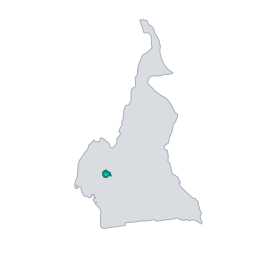 location of Nde, Ouest, Cameroon, rotated 352°
{"feature_id": "32672807B46712188555835", "entity_name": "Nde", "entity_type": "district", "adm_level": 2, "iso_a3": "CMR", "parent_name": "Cameroon", "parent_adm1": "Ouest", "projection": "natural_earth1", "projection_center": [10.622, 5.088], "detail": "fine", "context": "in_parent", "style": "filled", "palette": "teal", "viewbox_px": 256, "rotation_deg": 352, "n_neighbors": 0, "source": "geoboundaries", "source_scale": "gbopen_adm2", "svg_char_len": 4402}
<svg xmlns="http://www.w3.org/2000/svg" viewBox="0 0 256 256"><g transform="rotate(352 128 128)"><path d="M67.4,176.4L67.9,175.0L71.3,168.3L73.5,157.5L74.5,155.0L75.5,153.3L80.5,147.6L82.3,145.7L85.0,143.7L86.9,139.4L87.6,139.0L88.4,138.6L92.7,135.1L93.1,135.8L93.4,136.6L93.7,137.0L95.1,137.3L97.0,137.3L98.1,137.0L98.7,136.3L99.3,134.3L99.6,134.0L100.1,133.9L102.2,135.2L105.6,139.1L106.5,139.8L106.9,140.6L107.6,144.1L108.0,145.0L108.8,145.4L110.1,145.2L111.5,144.5L112.7,143.6L113.9,142.4L114.8,141.4L115.1,140.6L115.3,137.7L115.6,137.1L120.0,132.9L119.9,132.5L119.2,131.3L118.5,130.0L119.2,128.7L119.9,127.6L122.5,124.1L122.6,121.6L124.7,117.6L125.9,112.4L125.9,111.4L128.6,105.6L131.5,105.1L132.6,104.3L133.8,102.8L134.6,101.5L135.0,100.2L135.3,97.8L135.8,95.0L136.1,92.5L136.9,90.3L138.4,89.1L140.8,88.2L141.2,87.7L141.6,86.2L141.9,81.2L142.3,79.0L144.6,76.5L145.6,72.6L146.5,68.5L149.1,63.5L152.1,58.6L153.5,57.3L154.7,56.7L156.1,56.6L157.0,56.3L160.3,53.8L161.7,53.0L162.7,52.1L162.9,51.4L163.0,50.3L162.7,47.7L163.3,45.9L163.6,43.0L163.7,40.7L163.6,40.0L163.0,38.6L162.0,37.2L160.3,36.4L158.1,36.2L156.9,35.6L156.5,33.1L156.3,31.4L154.7,22.8L157.6,22.8L161.0,23.9L161.9,24.6L162.4,27.6L163.6,29.3L165.8,30.6L167.2,33.5L167.7,37.8L168.9,40.3L169.2,40.7L170.9,45.6L171.0,47.8L170.9,49.3L171.6,51.2L170.6,54.4L170.2,56.4L170.2,59.1L170.8,64.0L171.8,67.7L172.9,70.7L174.1,73.1L176.1,75.7L178.2,78.0L180.2,79.5L178.4,80.4L174.8,80.5L172.8,80.0L171.9,80.0L170.9,80.3L167.2,80.7L163.4,80.5L159.9,79.9L157.8,80.0L156.1,81.5L154.8,83.6L153.6,85.4L154.0,87.3L154.9,88.3L156.8,90.6L158.4,92.9L159.2,94.4L162.5,97.7L165.6,100.6L167.1,101.6L167.6,101.8L169.3,103.5L171.7,106.3L173.9,110.6L176.9,119.3L177.6,120.0L178.6,120.5L178.8,121.4L178.7,122.8L178.4,123.9L175.9,128.4L173.8,130.2L173.2,131.2L172.4,133.8L170.5,139.0L169.7,139.7L167.8,143.2L166.2,147.6L165.8,148.3L165.2,148.8L163.0,149.9L162.2,150.5L161.1,151.9L160.9,152.8L161.4,154.0L162.1,155.0L163.3,155.0L163.9,156.0L163.9,162.8L163.4,163.8L163.4,164.3L163.1,165.4L163.0,166.7L163.2,167.3L163.7,167.7L164.3,168.6L164.6,170.7L165.4,178.1L165.7,179.2L166.4,180.1L168.3,181.6L170.4,183.7L171.0,185.1L171.4,187.3L172.2,189.1L172.2,189.7L171.9,189.9L170.6,190.0L171.0,191.3L172.1,193.5L177.4,200.4L182.4,206.4L183.6,206.9L184.5,207.0L184.9,207.4L185.3,208.3L187.0,210.5L187.3,211.7L186.9,213.0L187.3,214.9L187.6,215.6L187.5,216.2L187.7,218.5L188.2,220.5L188.9,222.2L188.8,223.4L187.9,224.1L187.3,225.2L187.1,226.8L187.4,228.7L188.2,231.0L188.2,232.3L187.0,233.2L185.6,231.6L184.1,230.6L181.9,228.8L179.6,228.1L176.7,228.0L175.5,228.2L173.3,226.8L172.6,226.6L171.7,227.2L171.0,227.2L170.2,227.0L168.5,227.0L168.4,225.9L168.1,225.7L166.3,225.8L165.7,225.0L164.8,224.8L163.4,223.5L161.9,224.4L158.7,224.3L142.9,224.2L142.5,223.1L141.7,222.5L140.3,222.4L136.1,222.7L132.9,222.5L130.7,222.0L128.0,221.8L124.7,222.0L121.3,222.0L115.3,221.6L111.9,221.7L112.0,222.4L111.8,222.9L111.6,224.1L90.1,224.1L88.4,223.3L87.8,222.7L87.7,221.7L87.2,221.6L87.6,217.3L88.3,213.7L88.6,210.3L89.6,207.3L89.1,204.4L88.5,203.1L85.2,198.9L86.7,197.3L84.7,197.5L84.3,195.9L83.4,194.1L83.9,193.8L84.5,192.7L86.3,193.1L86.2,192.6L84.7,191.0L84.8,190.2L85.5,189.3L85.2,188.9L84.1,189.8L83.3,189.8L82.7,189.2L82.2,189.1L82.5,190.3L81.9,191.4L81.3,191.8L80.3,191.7L79.5,191.4L79.2,190.8L78.5,190.4L76.3,189.6L74.5,188.7L74.1,186.1L73.4,185.0L73.1,183.7L73.0,182.3L73.2,180.1L72.7,179.8L72.2,179.7L71.4,179.8L70.7,179.6L69.9,178.4L69.1,178.0L69.6,180.2L69.0,180.8L67.7,180.6L67.2,179.8L67.1,179.2L67.7,176.5L67.4,176.4Z" fill="#d9dde1" stroke="#a8b0b8" stroke-width="1"/><path d="M104.3,172.9L104.5,172.6L104.5,172.1L104.3,171.9L104.0,171.2L103.7,171.2L103.7,170.4L103.9,170.1L103.5,170.1L103.2,169.6L102.9,169.6L102.5,169.4L102.5,169.2L102.5,168.8L102.5,168.7L101.9,168.7L101.7,168.6L101.4,168.7L101.4,168.3L101.0,167.9L101.1,167.6L101.0,167.3L100.8,167.5L100.5,167.5L100.3,167.4L100.2,167.1L99.8,166.8L99.5,167.1L98.8,167.1L98.4,167.2L98.3,167.4L98.3,167.7L98.3,167.9L98.6,168.3L98.7,168.5L98.3,168.5L98.0,168.1L97.8,168.1L97.4,168.2L97.1,168.4L97.0,168.5L96.8,168.7L96.9,169.2L96.9,169.5L96.5,170.3L96.6,170.9L96.7,171.3L97.0,171.7L97.1,171.9L97.3,172.7L97.5,173.0L97.8,172.8L98.0,173.4L98.3,173.5L98.6,173.6L99.1,173.7L99.8,173.8L100.7,173.4L101.7,172.8L102.4,172.4L102.9,171.6L103.2,171.5L103.9,172.4L104.3,172.9Z" fill="#14b8a6" stroke="#0f766e" stroke-width="1.5"/></g></svg>